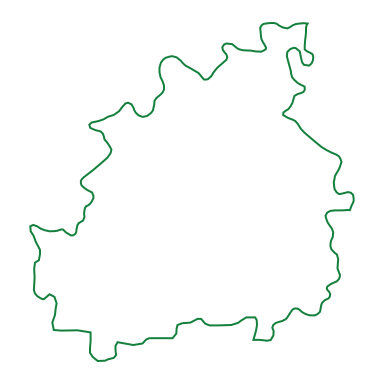 Slawharad, Mogilev, Belarus
{"feature_id": "67162791B95045439516357", "entity_name": "Slawharad", "entity_type": "district", "adm_level": 2, "iso_a3": "BLR", "parent_name": "Belarus", "parent_adm1": "Mogilev", "projection": "mercator", "projection_center": [30.947, 53.462], "detail": "fine", "context": "isolated", "style": "outline", "palette": "green", "viewbox_px": 384, "rotation_deg": 0, "n_neighbors": 0, "source": "geoboundaries", "source_scale": "gbopen_adm2", "svg_char_len": 4478}
<svg xmlns="http://www.w3.org/2000/svg" viewBox="0 0 384 384"><path d="M44.0,299.1L49.5,294.3L54.4,296.8L56.6,303.3L55.6,309.1L55.0,314.9L52.3,322.6L53.8,330.0L61.5,330.6L77.4,330.3L90.6,332.4L90.6,341.3L90.0,347.8L90.0,352.7L92.5,356.7L97.7,361.0L99.6,360.9L105.1,360.7L107.8,359.4L113.7,357.9L116.1,355.1L115.5,350.2L115.5,345.9L117.6,342.2L126.5,343.8L133.3,345.0L142.5,343.5L146.2,339.5L149.3,338.2L154.5,338.2L164.0,338.2L172.6,338.2L176.3,333.6L176.6,328.7L177.5,325.0L182.4,323.2L190.4,322.6L197.5,318.9L201.1,318.9L205.4,323.8L209.7,325.4L218.3,325.4L231.2,325.0L238.0,322.9L241.4,320.4L246.3,317.4L249.9,317.4L255.2,317.4L256.7,320.1L257.0,325.0L256.1,330.3L254.6,335.8L253.4,339.9L255.7,339.9L260.1,339.9L267.0,340.7L270.6,340.1L273.4,335.5L273.6,330.8L272.3,327.7L273.1,325.3L275.6,323.0L278.9,321.9L281.9,321.1L285.6,319.3L286.8,318.1L288.4,315.7L289.6,313.9L290.6,312.2L292.1,310.1L293.2,309.1L295.2,308.4L298.0,308.8L299.6,309.8L301.2,311.3L302.9,312.6L305.4,313.9L307.7,314.8L310.0,315.3L311.9,315.4L314.7,315.4L317.4,314.2L320.0,311.8L320.5,309.2L321.3,304.8L322.1,302.9L324.7,300.2L328.4,298.5L329.7,296.9L330.2,294.2L329.1,291.6L327.3,289.9L326.8,288.0L327.4,286.5L330.6,284.2L333.3,282.9L336.7,281.4L338.8,279.2L339.8,276.9L339.9,274.7L338.5,271.1L337.5,268.5L337.8,264.0L338.2,259.4L337.0,254.6L334.4,252.6L331.4,249.2L330.4,246.1L330.6,243.0L331.2,240.3L332.8,236.9L333.2,232.2L331.8,228.5L329.3,225.0L327.6,222.3L326.5,219.5L325.5,215.9L327.1,212.7L330.3,210.9L334.5,210.4L338.8,210.4L344.1,210.3L347.8,210.0L349.9,210.2L351.0,207.1L351.8,205.1L353.0,202.8L353.7,200.7L353.6,197.8L353.0,194.8L350.9,192.7L347.7,192.1L345.6,192.7L344.0,193.1L340.4,194.0L338.9,194.0L336.6,192.3L334.6,189.2L334.1,186.0L333.8,182.2L334.5,178.9L334.9,176.3L336.2,173.7L337.4,171.9L339.0,169.0L340.0,166.6L340.7,164.2L341.5,162.0L340.4,158.7L338.9,156.3L336.3,154.6L331.5,152.6L326.4,150.0L321.8,147.2L318.1,144.2L314.0,140.8L309.2,136.7L304.4,132.6L300.8,128.8L298.0,124.2L295.3,121.0L292.7,119.7L288.0,117.9L283.2,115.1L283.4,112.5L285.6,110.8L288.4,109.1L290.9,105.8L292.6,102.4L293.7,98.4L294.6,95.8L297.4,94.2L301.2,93.0L303.5,91.9L304.8,89.7L304.6,86.6L300.5,84.6L297.7,83.0L293.9,79.5L292.1,77.1L291.1,73.6L290.7,70.5L289.8,67.2L288.6,62.8L287.6,59.2L286.8,56.1L287.4,51.8L290.4,49.0L293.7,47.8L295.7,48.1L299.8,51.4L300.4,54.6L300.9,57.3L302.1,62.3L303.9,64.8L309.1,65.6L311.6,63.4L312.9,60.4L313.3,57.1L312.5,54.2L310.0,52.7L307.0,51.3L304.7,49.4L304.7,46.4L304.9,43.4L305.2,39.5L305.6,36.6L306.0,32.5L306.0,27.4L306.8,25.0L307.6,23.6L303.8,23.2L299.8,23.5L295.7,24.1L292.4,25.5L290.2,27.1L287.2,28.4L282.7,27.4L279.5,25.8L276.4,23.6L273.5,23.0L271.0,23.0L268.1,23.2L263.6,23.9L261.5,25.4L260.2,28.0L260.6,32.0L260.9,35.5L261.4,39.1L263.1,42.5L264.4,44.5L266.0,47.5L265.8,49.2L264.0,50.4L261.1,51.7L255.4,51.4L250.0,50.5L247.2,50.5L242.7,50.2L239.4,49.4L237.5,48.5L234.2,45.8L232.1,44.1L226.4,43.5L224.1,44.5L222.3,47.2L222.8,49.9L224.8,52.7L226.3,54.3L227.3,57.1L226.3,59.9L225.1,60.9L222.5,63.2L219.4,65.9L216.9,68.2L214.9,70.7L213.1,72.9L212.0,75.2L210.9,76.6L207.9,79.2L206.1,79.5L203.9,79.5L201.1,76.1L198.5,73.0L195.7,71.4L191.9,69.1L188.4,67.2L185.6,65.7L183.2,63.5L180.7,60.6L176.7,57.4L172.3,56.2L170.0,56.5L165.6,57.8L163.4,59.4L160.9,62.7L159.5,67.6L159.5,72.2L160.5,77.1L162.5,81.2L163.9,85.2L164.1,89.4L162.5,92.6L159.6,95.4L156.4,98.0L154.6,100.5L154.2,104.5L153.6,107.4L152.9,110.5L151.3,112.7L149.2,114.4L147.0,116.0L142.7,116.9L138.4,115.3L135.6,112.5L134.3,110.2L133.3,107.3L131.4,104.3L128.0,102.7L125.4,103.5L121.7,107.7L119.1,111.2L113.7,115.0L108.1,116.7L103.6,119.3L98.7,121.0L95.0,121.8L91.6,122.5L91.1,123.0L89.3,124.7L90.3,127.9L95.3,130.1L98.6,130.9L100.7,131.5L102.9,133.7L103.9,136.6L104.5,139.4L107.1,142.5L109.6,146.1L111.4,149.6L110.6,153.1L107.6,157.5L102.9,161.7L92.8,170.3L83.7,177.3L82.1,179.0L80.9,180.7L80.9,183.4L81.5,185.2L82.9,186.7L84.9,188.4L87.2,189.9L89.3,191.1L92.1,192.5L93.5,196.1L93.3,198.5L91.6,201.7L90.5,203.3L88.6,205.1L86.3,206.1L85.0,208.0L84.3,211.2L84.1,214.4L84.5,216.7L83.1,220.5L78.8,223.1L77.4,225.2L76.5,229.2L76.2,232.0L75.3,234.0L73.0,235.4L70.9,235.4L65.8,232.3L63.1,229.6L61.4,229.4L57.1,230.8L54.8,231.1L49.6,231.3L45.0,230.3L41.0,228.8L37.1,226.3L33.2,224.9L30.3,226.3L30.7,231.3L33.5,235.6L36.0,242.4L37.8,245.6L40.0,249.9L40.0,254.2L38.9,260.2L35.0,262.7L34.2,268.8L34.6,277.6L33.9,290.1L34.9,293.3L37.3,296.2L40.5,298.2L42.6,299.1L44.0,299.1Z" fill="none" stroke="#15803d" stroke-width="2"/></svg>